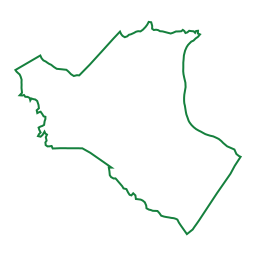 the district of São João Batista, Maranhão, Brazil
{"feature_id": "56859067B29917550346546", "entity_name": "São João Batista", "entity_type": "district", "adm_level": 2, "iso_a3": "BRA", "parent_name": "Brazil", "parent_adm1": "Maranhão", "projection": "equal_earth", "projection_center": [-44.778, -3.014], "detail": "fine", "context": "isolated", "style": "outline", "palette": "green", "viewbox_px": 256, "rotation_deg": 0, "n_neighbors": 0, "source": "geoboundaries", "source_scale": "gbopen_adm2", "svg_char_len": 2579}
<svg xmlns="http://www.w3.org/2000/svg" viewBox="0 0 256 256"><path d="M240.6,156.8L238.9,156.0L236.4,154.0L234.4,149.5L231.0,148.0L227.1,146.3L223.1,142.9L221.4,141.1L218.8,139.0L216.8,138.0L213.3,136.4L210.2,135.7L207.6,134.9L205.3,134.1L203.1,132.9L200.8,131.6L198.9,130.7L196.1,129.1L193.7,127.2L191.5,125.0L189.6,122.5L188.6,120.7L187.5,117.5L186.4,114.5L185.9,112.1L185.4,109.0L184.9,105.8L184.3,103.3L184.1,101.0L184.1,97.7L184.3,94.7L184.7,92.4L185.1,90.0L185.6,87.1L185.4,82.7L184.2,77.6L183.5,74.2L183.2,71.2L183.3,67.7L183.3,62.6L183.6,59.5L183.9,55.4L185.1,50.6L186.6,47.2L188.0,45.0L189.3,43.6L191.3,41.6L193.5,40.6L195.7,38.4L197.9,36.9L200.0,34.4L197.9,33.5L198.0,30.8L196.1,31.0L195.1,32.8L193.7,31.3L191.2,31.1L189.2,30.8L187.3,32.4L185.5,33.0L184.3,31.0L182.8,29.9L181.4,31.2L179.5,31.4L175.9,31.5L172.9,32.8L170.7,33.5L167.9,32.8L162.6,31.4L160.0,31.2L158.1,30.1L156.1,29.7L153.8,30.0L152.1,28.7L152.2,25.9L151.2,22.3L148.7,21.9L147.3,24.6L145.5,27.0L142.9,29.7L140.5,31.4L138.1,31.2L136.1,31.7L134.0,32.9L130.9,34.3L128.9,34.8L127.3,36.3L124.8,37.2L122.6,35.9L121.2,34.2L120.0,31.6L113.4,38.6L103.0,50.1L89.7,64.7L79.2,75.4L76.9,75.2L73.8,76.0L71.0,74.2L68.4,71.5L66.4,69.8L64.5,69.6L61.8,69.3L56.7,68.8L53.8,66.9L51.2,64.8L49.2,63.9L47.5,62.8L45.7,61.5L43.4,60.4L41.6,58.3L40.3,55.5L15.4,70.0L16.5,71.6L18.2,73.2L19.6,74.4L20.6,76.5L21.6,79.7L21.5,82.4L21.6,84.6L21.5,87.9L22.0,92.8L19.7,95.3L22.3,95.5L24.0,95.0L25.3,96.8L27.6,96.9L29.7,98.0L30.3,100.4L31.4,98.5L33.2,99.1L35.3,99.5L37.2,101.0L38.5,104.9L38.9,108.3L36.7,110.3L37.3,113.1L39.0,112.2L40.6,111.7L42.5,114.4L43.6,116.3L45.4,116.8L45.4,119.0L44.6,121.3L44.1,124.9L42.2,126.0L40.6,126.5L38.6,127.6L39.3,129.9L40.6,132.5L39.0,134.1L38.0,136.1L40.6,136.7L42.6,134.9L44.5,131.6L45.4,133.6L47.0,134.6L45.8,137.2L46.6,140.7L45.4,142.4L45.7,145.1L47.5,146.4L49.8,146.3L51.6,146.0L52.7,148.5L60.1,148.2L79.5,148.3L82.3,148.3L90.3,152.8L111.5,167.6L108.8,167.6L109.4,171.0L109.8,175.2L111.1,177.1L113.6,178.5L115.5,178.4L116.7,179.7L118.1,181.4L120.6,184.3L122.3,186.3L123.5,188.4L126.4,189.1L128.1,192.5L129.6,194.8L131.4,195.4L133.2,193.3L135.4,195.4L135.9,199.0L138.5,199.3L140.7,199.6L142.6,200.5L144.8,202.3L146.2,205.5L146.5,208.3L148.9,209.6L150.7,210.0L152.8,210.8L155.6,210.9L157.5,211.0L159.4,213.1L161.2,215.7L164.1,216.6L166.7,217.1L168.7,217.4L171.3,217.9L173.8,218.2L175.8,218.8L177.4,219.6L178.9,222.6L180.9,225.6L186.9,234.1L192.7,229.5L194.3,227.1L196.6,223.9L199.1,220.3L217.1,193.0L223.5,183.8L230.5,173.7L234.7,165.9L240.6,156.8Z" fill="none" stroke="#15803d" stroke-width="2"/></svg>